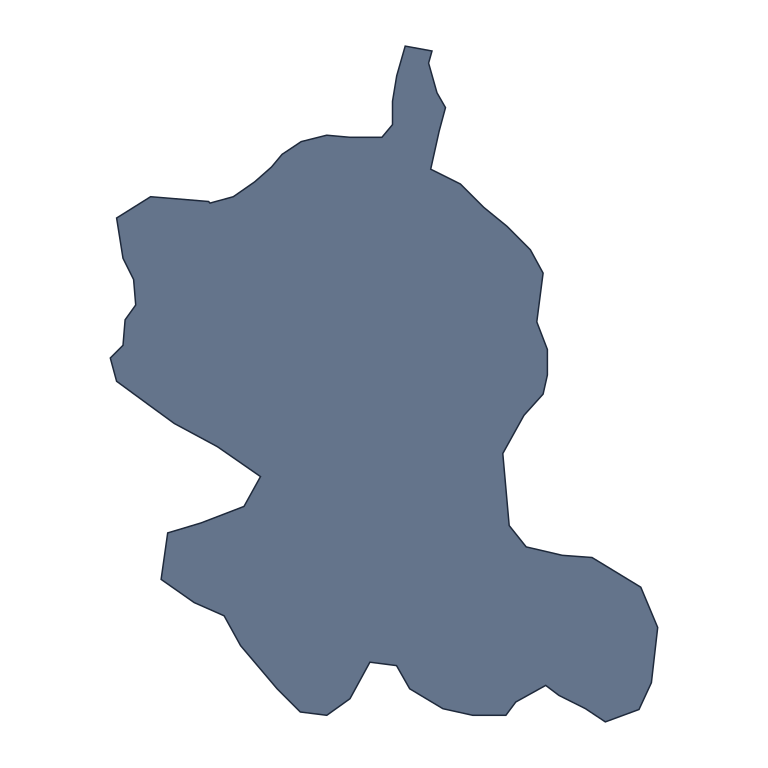 Changnyeong-gun, South Gyeongsang, South Korea
{"feature_id": "91817680B39611758954351", "entity_name": "Changnyeong-gun", "entity_type": "district", "adm_level": 2, "iso_a3": "KOR", "parent_name": "South Korea", "parent_adm1": "South Gyeongsang", "projection": "mercator", "projection_center": [128.494, 35.525], "detail": "fine", "context": "isolated", "style": "filled", "palette": "slate", "viewbox_px": 768, "rotation_deg": 0, "n_neighbors": 0, "source": "geoboundaries", "source_scale": "gbopen_adm2", "svg_char_len": 1074}
<svg xmlns="http://www.w3.org/2000/svg" viewBox="0 0 768 768"><path d="M432.0,51.0L405.2,46.1L396.7,75.8L392.5,101.3L392.5,124.6L381.9,137.3L350.0,137.3L326.7,135.2L301.2,141.6L282.1,154.3L271.5,167.0L254.6,181.9L233.3,196.7L214.3,201.9L210.0,203.1L208.6,201.5L150.6,196.7L116.6,218.0L123.0,258.3L133.6,279.5L135.7,305.0L125.1,319.8L123.0,345.3L110.3,358.0L116.6,381.3L148.5,404.7L163.9,415.9L174.3,423.5L217.4,446.7L260.5,476.6L244.0,506.4L200.8,523.0L167.7,532.9L161.1,579.4L194.2,602.6L224.1,615.8L240.6,645.7L270.0,680.4L277.1,688.8L300.3,712.0L326.8,715.3L350.0,698.7L369.9,662.2L396.5,665.6L409.7,688.8L442.9,708.7L472.7,715.3L505.9,715.3L508.7,711.5L515.8,702.0L545.7,685.4L558.9,695.4L585.5,708.7L605.3,721.9L639.0,709.5L651.4,682.7L657.7,627.5L640.8,587.2L592.0,557.5L562.2,555.3L526.2,546.9L509.2,525.6L502.8,453.5L524.0,415.3L543.1,394.1L547.4,375.0L547.4,349.5L536.8,321.9L543.1,273.1L530.4,249.8L507.1,226.4L483.7,207.3L460.4,184.0L430.7,169.2L439.2,131.0L445.5,107.6L437.0,92.8L428.6,63.1L432.0,51.0Z" fill="#64748b" stroke="#1e293b" stroke-width="1.5"/></svg>